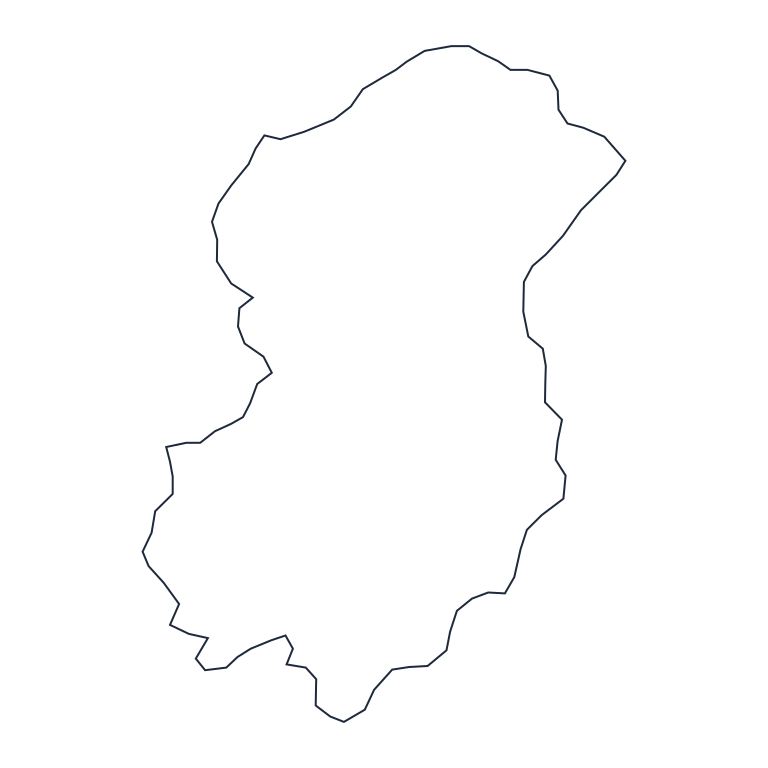 the district of Braço do Trombudo, Santa Catarina, Brazil
{"feature_id": "56859067B6588865534852", "entity_name": "Braço do Trombudo", "entity_type": "district", "adm_level": 2, "iso_a3": "BRA", "parent_name": "Brazil", "parent_adm1": "Santa Catarina", "projection": "robinson", "projection_center": [-49.906, -27.37], "detail": "fine", "context": "isolated", "style": "outline", "palette": "slate", "viewbox_px": 768, "rotation_deg": 0, "n_neighbors": 0, "source": "geoboundaries", "source_scale": "gbopen_adm2", "svg_char_len": 1374}
<svg xmlns="http://www.w3.org/2000/svg" viewBox="0 0 768 768"><path d="M562.0,419.7L545.0,402.3L545.3,383.4L545.8,366.0L542.8,348.7L528.3,336.5L523.3,311.7L523.9,281.9L532.4,266.1L545.8,254.5L562.9,235.9L581.0,210.2L599.9,191.3L616.4,174.9L625.4,160.8L604.3,136.7L583.2,127.7L567.5,123.5L558.5,109.7L557.7,90.7L549.4,75.6L527.5,69.9L510.5,69.9L498.1,61.2L481.9,53.5L469.0,46.1L451.5,46.1L424.6,50.9L406.5,61.8L395.8,69.9L382.3,77.6L362.9,89.1L350.8,106.5L333.8,119.6L304.1,131.8L280.5,139.2L264.4,135.4L255.6,148.5L248.7,164.0L231.2,185.5L218.5,203.5L212.0,221.8L217.2,239.8L216.9,261.3L231.2,283.5L252.8,297.6L239.4,308.2L238.0,326.5L244.6,343.5L263.5,356.7L271.8,372.8L257.2,384.0L250.1,403.3L243.0,417.1L231.2,423.8L215.0,431.2L200.2,442.8L186.2,442.8L166.2,447.0L170.0,461.7L172.7,476.5L172.7,493.9L155.2,511.2L151.6,532.7L142.6,551.7L148.6,566.1L163.7,582.8L179.1,604.0L170.0,624.9L188.9,633.9L207.9,638.1L195.8,658.6L205.1,670.2L226.3,667.6L237.5,657.0L250.7,648.7L271.2,640.3L285.5,635.5L292.9,648.7L286.6,664.4L305.8,667.6L316.2,679.2L315.7,705.5L330.2,716.5L343.9,721.9L364.8,709.7L374.1,689.8L392.2,669.6L409.2,667.0L427.6,666.0L446.5,650.3L450.1,631.7L456.9,610.8L472.0,598.6L488.2,592.5L504.9,593.4L514.3,577.1L520.6,549.1L526.9,529.8L541.7,515.1L563.4,498.7L565.6,475.5L555.7,459.8L557.6,441.2L562.0,419.7Z" fill="none" stroke="#1e293b" stroke-width="2"/></svg>